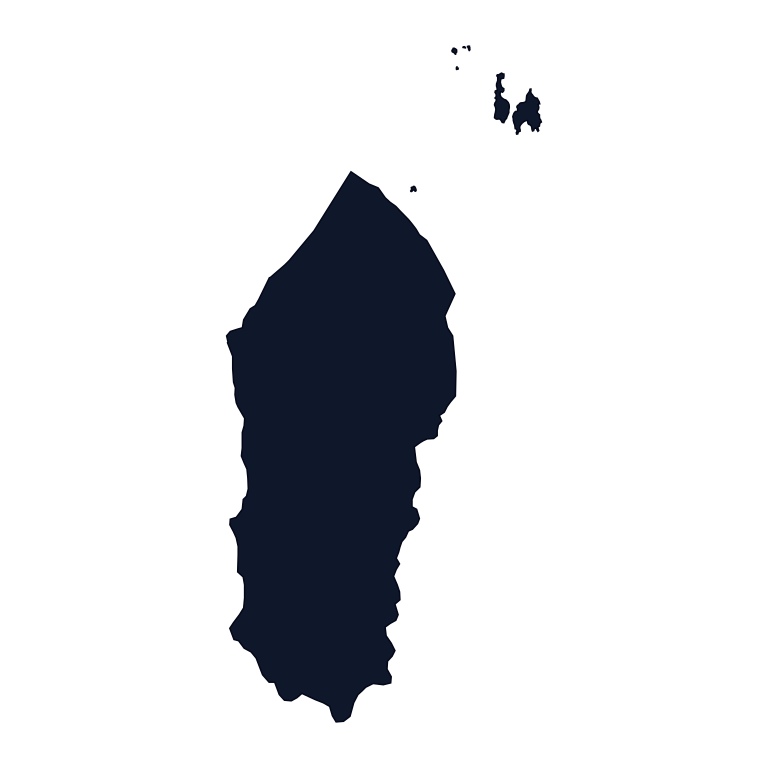 Besut, Terengganu, Malaysia
{"feature_id": "92858781B66748088999576", "entity_name": "Besut", "entity_type": "district", "adm_level": 2, "iso_a3": "MYS", "parent_name": "Malaysia", "parent_adm1": "Terengganu", "projection": "equal_earth", "projection_center": [102.644, 5.648], "detail": "fine", "context": "isolated", "style": "filled", "palette": "ink", "viewbox_px": 768, "rotation_deg": 0, "n_neighbors": 0, "source": "geoboundaries", "source_scale": "gbopen_adm2", "svg_char_len": 5629}
<svg xmlns="http://www.w3.org/2000/svg" viewBox="0 0 768 768"><path d="M269.4,277.7L258.9,299.3L255.3,305.7L250.3,308.8L243.7,319.8L242.4,327.8L237.7,329.1L230.3,331.5L226.6,335.9L228.0,342.1L227.5,342.7L232.7,356.3L232.7,362.5L232.7,368.7L233.6,382.3L235.4,387.9L235.0,394.7L236.3,402.8L238.2,407.1L244.7,418.3L244.2,425.7L242.3,432.5L242.3,438.7L242.3,448.0L241.4,456.0L244.2,462.9L247.0,469.1L247.9,478.3L248.3,488.9L246.5,496.3L243.3,499.4L242.3,509.3L236.3,517.4L230.3,519.2L229.9,524.8L233.5,531.6L236.3,537.8L238.2,546.5L238.2,554.6L237.7,571.9L243.2,576.9L244.6,584.9L244.6,597.9L243.7,607.9L239.5,614.7L233.5,622.7L229.8,628.3L234.0,639.5L238.6,640.7L244.2,648.2L251.1,651.9L256.2,658.1L262.6,674.8L269.1,682.2L274.7,682.2L277.3,689.2L279.3,694.6L284.4,700.2L291.3,700.8L296.9,697.7L301.9,693.4L315.3,699.6L323.2,702.7L329.7,706.4L332.4,715.7L336.1,721.9L343.5,721.3L350.0,716.3L353.7,702.7L357.9,694.6L362.0,690.9L365.7,687.2L373.1,683.5L383.3,684.7L390.7,682.9L391.2,676.7L387.0,669.2L387.5,661.2L392.1,656.2L394.9,650.6L391.2,643.2L386.1,635.8L385.1,627.1L390.2,623.4L395.8,620.3L398.1,614.7L394.9,604.1L399.9,599.8L399.5,591.8L397.2,584.9L393.5,576.3L396.2,569.4L399.5,563.9L397.9,561.1L396.2,558.3L398.6,552.1L399.9,547.1L401.8,541.6L405.5,537.2L408.3,531.0L412.4,529.2L417.5,523.6L419.4,518.6L416.6,509.3L412.0,506.9L412.0,499.4L414.7,492.0L419.8,487.0L420.3,478.3L419.4,470.3L416.1,462.2L414.3,446.8L420.4,442.4L423.6,440.5L427.2,438.9L433.7,438.5L437.2,435.7L437.2,430.5L438.4,425.0L441.7,421.0L439.3,415.5L444.3,412.1L447.1,406.5L450.3,402.1L455.4,396.0L455.9,371.2L452.6,335.9L447.5,327.8L444.8,316.0L454.9,293.8L443.4,270.2L426.7,240.5L419.4,234.9L416.1,229.3L412.4,224.4L408.3,219.4L399.9,210.8L395.8,206.4L389.8,202.1L385.2,197.8L378.2,187.9L369.0,184.1L351.0,171.8L314.0,230.9L289.5,260.3L284.9,264.9L270.3,277.5L269.4,277.7ZM540.5,119.7L539.7,118.6L539.4,116.7L539.5,114.9L538.6,114.1L537.2,112.6L537.4,110.9L538.4,109.4L538.8,107.7L538.6,106.2L538.0,104.8L539.0,103.8L539.7,103.8L539.1,101.6L538.3,100.3L537.2,98.2L535.9,98.0L534.5,97.4L533.4,96.3L532.4,94.8L531.4,93.7L530.7,92.0L531.0,90.3L530.9,89.0L530.0,89.2L529.5,91.3L528.4,93.0L527.4,94.3L526.7,95.6L526.5,97.1L526.3,99.5L526.0,101.0L525.6,101.9L523.9,102.5L523.0,102.7L520.8,102.9L519.8,103.4L518.7,104.9L517.5,105.5L516.8,107.0L517.6,108.5L517.6,110.9L516.8,111.5L515.4,111.5L514.0,113.2L513.3,115.0L512.8,116.7L513.3,118.8L513.3,120.5L514.1,123.5L514.7,124.8L514.9,126.1L515.2,128.7L516.6,129.1L517.0,130.4L516.8,131.7L516.3,132.6L516.6,134.1L517.7,134.0L518.2,132.5L518.6,131.7L520.1,131.3L520.2,130.0L519.7,128.2L519.7,126.7L520.5,125.0L522.1,123.1L523.9,121.6L525.7,120.7L527.0,120.5L527.7,121.0L527.8,122.9L528.5,124.2L530.3,125.0L531.4,126.1L531.8,127.8L532.0,129.5L532.5,131.0L533.7,130.6L534.1,128.9L535.3,128.2L536.7,128.5L536.9,129.8L537.9,131.3L538.7,130.6L538.0,128.3L538.0,126.8L539.4,126.1L539.7,123.5L540.7,122.5L541.4,122.0L540.5,119.7ZM503.8,90.7L503.8,88.6L502.5,87.9L501.5,86.8L500.8,84.5L500.3,82.3L500.5,80.8L500.8,78.9L502.1,78.5L503.6,78.2L504.0,75.9L503.9,74.0L502.8,73.9L501.7,73.1L500.3,73.7L499.6,74.4L498.4,74.8L497.3,74.8L496.8,75.9L497.7,76.7L497.7,78.7L497.7,80.6L497.0,82.7L496.6,83.6L496.5,86.0L497.0,87.7L497.2,89.4L496.8,90.7L495.4,90.9L495.0,92.4L495.8,93.5L496.2,94.8L496.2,96.5L495.0,98.0L496.3,99.3L496.6,99.3L495.8,101.8L495.0,102.9L494.5,104.9L495.5,107.2L495.9,109.4L495.4,112.6L495.0,113.9L494.7,116.0L494.5,117.7L495.7,118.8L496.8,119.2L498.3,119.0L499.8,119.0L501.0,120.3L502.2,122.4L503.8,122.7L504.6,121.0L505.3,119.5L506.4,118.6L507.1,116.5L507.9,114.7L508.8,112.6L508.8,110.2L509.3,107.4L509.1,104.6L508.2,102.5L506.7,100.8L505.7,99.9L504.6,99.7L502.5,98.4L500.8,96.7L500.0,94.3L500.4,92.2L501.5,91.8L502.6,92.2L503.8,90.7ZM454.5,48.3L454.3,48.4L453.8,48.3L453.4,48.3L453.2,48.3L453.0,48.7L452.9,49.1L452.6,49.7L452.3,49.9L452.1,50.1L452.0,50.4L452.0,50.9L452.1,51.5L452.3,51.8L453.0,52.2L453.5,52.4L454.0,52.7L454.3,52.9L454.6,53.2L454.9,53.7L455.2,54.1L455.6,54.2L455.8,53.9L455.8,53.3L455.8,52.9L456.2,52.4L456.7,52.0L456.6,51.2L456.6,50.5L456.7,50.0L456.4,49.7L455.6,48.9L455.3,48.9L454.8,48.6L454.5,48.3ZM416.0,189.6L415.5,188.1L414.7,186.7L414.3,186.5L414.1,186.4L413.7,186.4L413.4,186.4L413.2,186.6L413.0,186.9L412.7,187.1L412.4,187.2L412.2,187.2L412.0,187.3L411.7,187.3L411.3,187.5L411.3,188.0L411.5,188.1L411.7,188.3L411.8,188.5L411.7,189.0L411.4,189.7L411.3,190.0L411.1,190.3L411.0,190.5L410.9,190.8L410.7,191.0L410.8,191.3L411.0,191.5L411.3,191.5L411.5,191.5L411.8,191.4L412.1,191.1L412.4,190.8L412.6,190.5L412.8,190.2L413.1,190.0L413.6,190.0L413.9,190.1L414.3,190.3L414.6,190.7L414.9,191.0L415.1,191.2L415.5,191.2L415.8,191.0L416.0,190.7L416.1,190.2L416.0,189.6ZM469.6,50.0L469.8,49.9L469.9,49.5L469.7,49.3L469.7,48.9L469.8,48.3L469.9,48.0L469.8,47.7L469.6,47.3L469.5,47.1L469.5,46.7L469.5,46.2L469.1,46.1L468.6,46.1L468.1,46.3L467.8,46.3L467.5,46.4L467.5,46.9L467.7,47.1L468.0,47.4L468.3,47.7L468.5,48.1L468.4,48.5L468.4,48.8L468.7,49.1L468.8,49.4L468.9,50.0L469.2,50.5L469.4,50.5L469.6,50.0ZM457.2,68.2L457.2,67.9L456.9,67.7L456.9,67.4L457.0,67.3L457.0,67.1L457.0,66.9L456.9,66.9L456.7,67.0L456.5,67.3L456.5,67.7L456.5,67.8L456.4,68.0L456.4,69.2L456.6,69.4L456.8,69.5L457.0,69.4L457.3,69.3L457.4,69.2L457.5,69.1L457.8,69.2L458.0,69.2L458.1,68.7L458.1,68.4L458.2,68.2L457.9,68.1L457.6,68.3L457.3,68.3L457.2,68.2ZM464.4,46.7L464.2,46.7L463.9,46.8L463.5,46.8L463.3,46.8L463.0,47.2L463.0,47.5L463.4,47.6L463.7,47.5L464.1,47.5L464.5,47.6L465.1,48.0L465.4,47.9L465.4,47.5L465.1,47.2L464.9,47.3L464.7,47.2L464.6,46.9L464.4,46.7Z" fill="#0f172a" stroke="#020617" stroke-width="1.5"/></svg>